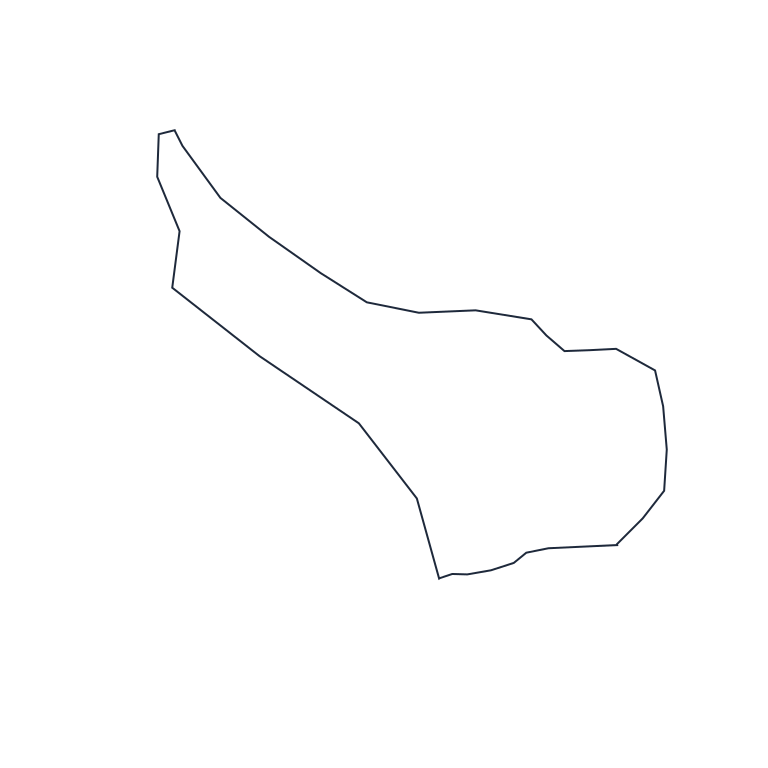 Kangarli, Equal Earth projection, rotated 291°
{"feature_id": "AZE-5567", "entity_name": "Kangarli", "entity_type": "District", "adm_level": 1, "iso_a3": "AZE", "parent_name": "Azerbaijan", "parent_adm1": "", "projection": "equal_earth", "projection_center": [45.174, 39.448], "detail": "fine", "context": "isolated", "style": "outline", "palette": "slate", "viewbox_px": 768, "rotation_deg": 291, "n_neighbors": 0, "source": "natural_earth", "source_scale": "10m", "svg_char_len": 605}
<svg xmlns="http://www.w3.org/2000/svg" viewBox="0 0 768 768"><g transform="rotate(291 384 384)"><path d="M536.5,84.2L545.9,97.6L545.6,97.8L534.1,110.5L499.1,164.6L480.2,224.0L464.8,285.3L454.1,338.7L463.0,391.0L485.6,443.1L497.2,498.5L487.5,518.2L479.4,540.7L489.2,563.7L500.0,588.1L493.8,632.2L463.2,652.6L424.1,671.5L384.7,683.8L351.3,673.7L318.0,658.9L317.2,659.4L289.6,596.4L277.5,577.3L263.5,569.3L248.4,550.6L236.1,530.0L231.1,515.8L222.8,505.7L222.1,505.2L288.9,455.7L338.3,374.6L365.4,257.8L398.0,151.8L453.4,138.4L496.2,98.0L536.5,84.2Z" fill="none" stroke="#1e293b" stroke-width="2"/></g></svg>